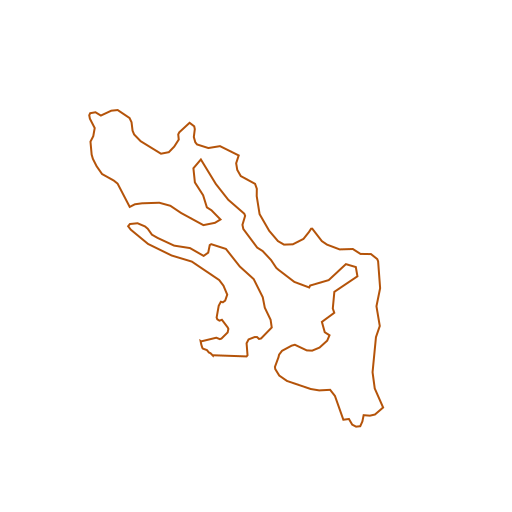 outline of Island, Washington, United States of America, rotated 156°
{"feature_id": "52423323B81098999696635", "entity_name": "Island", "entity_type": "district", "adm_level": 2, "iso_a3": "USA", "parent_name": "United States of America", "parent_adm1": "Washington", "projection": "albers", "projection_center": [-122.525, 48.158], "detail": "fine", "context": "isolated", "style": "outline", "palette": "amber", "viewbox_px": 512, "rotation_deg": 156, "n_neighbors": 0, "source": "geoboundaries", "source_scale": "gbopen_adm2", "svg_char_len": 2459}
<svg xmlns="http://www.w3.org/2000/svg" viewBox="0 0 512 512"><g transform="rotate(156 256 256)"><path d="M146.6,201.5L146.5,203.9L150.2,211.0L159.7,215.4L164.7,223.0L176.9,228.0L186.5,237.5L189.8,242.8L193.5,258.1L194.6,258.5L197.8,256.4L205.7,252.3L217.6,251.7L225.8,255.0L229.9,260.7L233.7,273.6L235.7,292.8L231.0,310.4L227.9,317.1L227.5,322.3L237.4,335.2L238.1,342.3L236.4,348.8L230.9,354.9L244.2,371.0L255.6,374.0L264.5,381.9L265.2,384.6L264.4,390.0L260.3,396.8L259.7,399.6L262.5,404.7L275.8,400.2L277.6,398.7L279.2,393.8L286.2,389.2L293.4,386.3L301.2,388.1L314.7,407.8L317.9,416.6L317.8,420.7L315.3,428.8L315.4,433.5L323.0,445.6L329.1,447.6L340.6,447.4L344.2,452.6L349.4,453.9L351.1,452.4L351.9,449.0L351.3,438.5L355.9,431.7L360.7,427.8L364.9,415.5L365.5,411.1L365.1,402.9L363.3,393.5L355.2,382.7L353.0,378.4L351.4,352.2L345.6,352.5L338.7,350.5L322.7,344.0L313.8,336.7L306.9,325.7L291.5,305.6L280.0,303.0L273.6,303.8L278.1,315.9L281.1,320.4L279.6,333.0L281.9,348.1L277.5,361.6L267.1,366.6L263.4,338.1L258.5,318.7L249.5,299.4L249.6,297.1L255.7,290.0L256.6,285.8L251.5,263.2L247.9,257.8L243.9,246.2L242.3,236.9L241.0,234.1L231.5,216.7L220.2,205.6L218.6,207.0L199.4,204.4L177.2,212.0L169.3,205.3L171.6,196.2L199.0,191.4L207.2,176.8L207.6,172.3L222.6,169.0L224.2,158.4L221.1,153.7L225.4,149.7L235.2,146.5L243.2,146.7L248.0,149.1L256.6,159.1L259.9,159.6L270.8,158.8L275.0,156.5L276.7,154.3L283.8,147.0L284.4,144.9L283.4,137.3L278.5,129.2L260.2,112.3L252.9,107.5L242.7,103.6L240.8,96.0L242.8,70.9L237.4,69.3L236.7,62.8L234.0,59.4L230.0,58.1L226.1,61.6L222.4,66.8L216.9,63.8L211.8,62.8L201.5,65.9L201.4,86.7L196.8,102.4L179.4,133.1L171.4,141.7L166.4,161.1L155.7,176.1L146.6,201.5ZM335.8,182.3L335.4,182.7L305.5,168.1L304.1,168.8L300.1,180.1L296.7,182.8L290.2,182.5L288.0,181.5L287.0,179.0L284.9,178.6L270.7,184.3L268.6,191.8L269.0,205.2L266.6,215.6L267.5,235.8L275.1,253.0L280.6,274.7L292.1,285.0L293.8,284.8L298.3,278.5L303.8,277.4L313.1,290.1L326.6,298.8L338.6,312.6L342.4,317.8L343.8,324.9L345.4,328.2L350.9,334.1L358.2,336.5L360.7,335.2L359.7,331.0L349.7,310.9L332.9,290.8L316.9,277.0L299.4,249.0L297.8,242.1L298.0,232.4L302.3,227.8L305.1,227.2L306.7,228.5L310.3,225.7L317.0,215.8L317.1,213.9L315.7,211.8L313.1,211.6L310.9,202.2L310.9,200.6L313.0,197.7L321.2,194.6L322.9,194.8L325.5,197.5L340.8,200.3L341.2,200.9L342.0,197.3L342.4,193.9L342.1,192.9L339.1,190.0L338.3,187.0L337.1,185.7L335.8,182.3Z" fill="none" stroke="#b45309" stroke-width="2"/></g></svg>